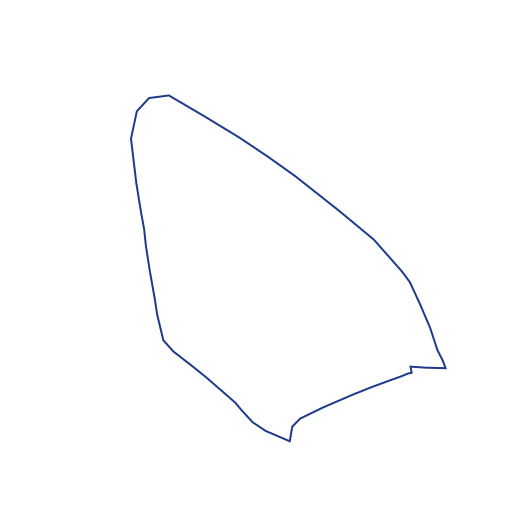 Tonga, Tuvalu, rotated 151°
{"feature_id": "33948139B52868030722723", "entity_name": "Tonga", "entity_type": "district", "adm_level": 2, "iso_a3": "TUV", "parent_name": "Tuvalu", "parent_adm1": "", "projection": "equal_earth", "projection_center": [176.319, -6.294], "detail": "fine", "context": "isolated", "style": "outline", "palette": "blue", "viewbox_px": 512, "rotation_deg": 151, "n_neighbors": 0, "source": "geoboundaries", "source_scale": "gbopen_adm2", "svg_char_len": 689}
<svg xmlns="http://www.w3.org/2000/svg" viewBox="0 0 512 512"><g transform="rotate(151 256 256)"><path d="M144.6,66.0L143.4,73.4L142.9,86.1L138.6,108.4L135.9,134.2L134.1,158.5L135.8,171.4L145.0,213.2L161.1,254.4L182.8,306.4L197.5,337.2L213.4,368.1L233.6,403.5L254.4,438.7L273.0,446.0L290.0,440.4L308.4,419.3L325.3,377.9L335.6,349.3L340.8,333.8L347.3,318.4L355.7,295.6L365.7,266.5L370.8,252.8L377.9,227.2L374.5,212.4L365.7,191.9L358.5,174.3L345.2,137.7L343.5,128.6L339.5,112.1L332.3,98.2L316.3,77.6L307.0,89.2L296.1,92.4L270.4,91.0L238.3,87.8L218.6,85.3L200.4,82.5L187.0,80.3L179.9,79.5L176.5,78.4L174.5,84.3L161.3,75.8L144.6,66.0Z" fill="none" stroke="#1e3a8a" stroke-width="2"/></g></svg>